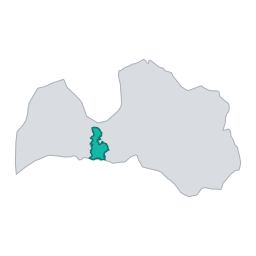 where Jelgava sits in Latvia
{"feature_id": "LVA-1084", "entity_name": "Jelgava", "entity_type": "Municipality", "adm_level": 1, "iso_a3": "LVA", "parent_name": "Latvia", "parent_adm1": "", "projection": "mercator", "projection_center": [23.638, 56.61], "detail": "fine", "context": "in_parent", "style": "filled", "palette": "teal", "viewbox_px": 256, "rotation_deg": 0, "n_neighbors": 0, "source": "natural_earth", "source_scale": "10m", "svg_char_len": 3220}
<svg xmlns="http://www.w3.org/2000/svg" viewBox="0 0 256 256"><path d="M190.2,196.7L188.6,196.5L184.2,194.7L180.4,192.1L178.2,188.7L174.3,183.9L171.7,181.5L167.7,178.5L161.1,172.3L158.6,170.9L146.8,168.1L142.5,166.9L138.5,159.8L137.2,155.7L135.3,155.0L133.2,155.9L130.9,156.7L125.5,161.5L123.8,162.2L120.5,162.2L112.7,163.3L109.2,161.6L103.1,159.6L99.7,159.3L96.8,159.4L83.7,157.5L81.3,159.6L78.9,159.9L76.6,156.7L73.7,155.8L70.5,156.9L64.6,157.0L57.7,156.0L48.9,155.2L47.6,155.6L37.8,159.8L35.4,160.5L24.8,167.6L16.3,174.2L15.4,163.6L15.9,142.2L17.1,131.5L23.0,125.2L25.9,120.4L27.6,113.8L28.1,107.8L29.3,102.7L37.7,88.3L44.4,86.7L53.5,82.6L63.6,79.3L65.6,83.6L66.6,86.8L78.8,98.7L81.9,102.7L86.6,116.2L97.9,123.0L106.8,120.9L110.6,117.6L117.7,111.4L120.9,106.9L121.6,102.6L120.3,83.9L118.4,75.8L119.0,70.7L120.3,70.9L123.3,68.5L133.2,63.9L135.2,63.7L137.5,62.8L143.8,59.3L145.8,61.1L147.4,63.2L148.4,63.3L148.8,62.5L148.7,61.1L149.1,60.2L150.9,60.7L158.2,66.4L161.0,67.7L162.9,68.1L165.2,70.8L171.3,72.6L172.1,74.0L172.6,75.7L178.4,82.9L181.0,86.5L186.1,89.8L188.3,90.6L197.3,87.2L199.8,86.0L201.9,86.0L204.0,87.8L208.8,90.2L213.2,90.9L214.0,90.8L217.7,91.0L219.0,91.9L219.8,96.5L224.0,100.1L227.9,103.1L228.9,104.4L229.2,107.1L229.0,110.2L228.5,111.7L226.9,113.6L225.4,118.2L225.3,122.6L223.0,130.2L223.5,130.4L228.2,129.0L229.6,129.8L230.6,131.5L230.9,136.2L232.5,138.4L234.0,141.7L234.5,144.3L237.5,147.4L237.8,149.4L239.6,156.4L240.3,160.4L240.6,163.5L239.7,167.5L238.9,170.1L238.0,170.0L235.3,170.7L231.1,173.9L224.7,181.4L223.1,183.1L221.4,188.8L221.0,189.4L217.4,189.2L216.4,189.0L212.7,189.1L204.6,187.6L201.5,188.6L197.4,194.4L195.8,195.3L191.1,196.1L190.2,196.7Z" fill="#d9dde1" stroke="#a8b0b8" stroke-width="1"/><path d="M93.8,159.7L92.7,159.6L89.4,158.2L89.6,157.9L90.8,157.0L91.1,156.9L91.4,156.6L91.7,156.4L91.9,156.1L92.1,155.7L92.1,155.2L91.7,154.4L91.4,153.6L91.1,153.1L90.7,152.8L90.5,152.3L90.6,152.1L90.9,151.7L91.0,151.5L91.1,151.2L90.6,150.3L91.3,150.0L91.6,149.6L92.0,148.3L92.0,147.4L91.6,146.8L91.2,146.3L91.1,145.9L91.3,145.6L91.6,145.5L92.5,145.0L92.6,144.3L90.3,143.9L90.5,143.4L90.9,143.0L91.3,142.3L91.5,141.9L92.5,141.1L92.8,140.8L92.8,140.6L92.6,139.9L92.7,139.7L92.6,139.4L92.1,139.0L91.5,138.8L90.7,138.2L91.3,137.2L92.0,136.6L93.3,135.9L94.0,134.9L93.4,132.4L92.8,131.9L92.1,128.0L93.5,127.4L96.0,127.6L96.4,127.7L97.2,127.7L98.6,128.6L99.8,129.9L100.1,130.8L100.6,131.6L101.7,132.8L101.4,134.5L101.5,134.7L101.3,136.0L99.6,136.5L99.6,137.4L98.6,137.7L99.0,138.7L99.8,138.2L100.5,139.1L99.0,140.0L97.8,139.8L97.0,140.3L97.4,141.4L98.8,142.6L98.6,144.2L99.8,144.7L100.7,143.8L102.0,143.3L101.7,142.2L102.4,141.6L103.5,142.7L104.7,143.4L106.2,143.8L107.1,145.4L107.8,146.9L108.0,148.9L108.7,149.8L107.8,150.1L107.4,150.6L106.8,150.9L106.4,151.5L105.4,151.9L105.0,152.1L104.6,152.9L104.1,153.4L103.9,153.7L103.9,153.9L104.0,154.1L104.2,154.3L104.2,154.6L104.2,155.0L104.0,155.5L103.9,155.8L103.8,156.0L103.8,156.3L105.0,156.2L105.1,156.5L105.0,157.1L104.9,157.5L104.8,158.8L104.9,159.5L104.5,159.3L103.4,159.3L101.3,159.8L100.3,159.7L100.3,159.1L100.3,158.7L100.0,158.3L99.7,158.2L98.9,158.4L96.7,158.2L95.7,158.5L93.8,159.7Z" fill="#14b8a6" stroke="#0f766e" stroke-width="1.5"/></svg>